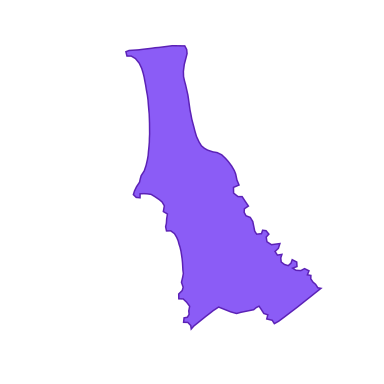 the district of Imbituba, Santa Catarina, Brazil, rotated 152°
{"feature_id": "56859067B19034795725068", "entity_name": "Imbituba", "entity_type": "district", "adm_level": 2, "iso_a3": "BRA", "parent_name": "Brazil", "parent_adm1": "Santa Catarina", "projection": "orthographic", "projection_center": [-48.703, -28.213], "detail": "fine", "context": "isolated", "style": "filled", "palette": "violet", "viewbox_px": 384, "rotation_deg": 152, "n_neighbors": 0, "source": "geoboundaries", "source_scale": "gbopen_adm2", "svg_char_len": 2386}
<svg xmlns="http://www.w3.org/2000/svg" viewBox="0 0 384 384"><g transform="rotate(152 192 192)"><path d="M181.1,37.1L176.2,37.2L170.2,38.1L153.0,40.9L123.4,46.4L125.9,48.4L126.2,52.4L127.5,55.7L127.9,59.6L126.2,62.5L129.0,64.7L125.7,67.5L128.6,71.5L132.8,71.5L137.0,74.1L138.9,77.5L134.3,76.9L132.4,81.0L135.3,85.2L138.0,82.7L141.6,81.8L144.4,84.6L146.1,88.3L144.6,92.1L141.9,94.7L146.2,96.2L146.6,100.5L142.2,101.7L138.6,105.2L142.6,106.7L146.6,108.2L149.2,112.9L147.6,117.4L143.9,118.7L144.8,123.1L147.6,125.1L150.2,122.6L154.7,124.4L155.0,128.0L153.8,132.0L152.2,137.4L152.5,142.2L155.5,145.7L155.5,149.6L153.6,152.6L148.8,153.1L149.4,158.7L149.9,164.4L153.5,166.3L155.8,171.5L153.2,176.6L147.2,176.1L146.7,181.5L145.0,187.4L144.6,191.0L144.8,196.3L145.7,202.0L146.6,205.8L148.3,210.9L151.3,215.0L154.7,217.6L158.6,221.7L160.5,224.7L162.0,228.3L162.3,232.6L162.0,238.8L160.9,244.2L159.8,248.7L158.9,252.6L158.0,256.4L156.7,260.5L155.3,265.2L153.2,271.0L151.4,275.9L150.1,279.6L148.7,284.7L147.3,289.9L146.5,293.5L145.3,297.8L143.0,302.5L138.9,308.3L134.2,313.4L131.4,316.5L129.8,320.3L129.8,324.4L140.7,330.4L153.2,335.1L156.6,336.6L160.3,337.9L168.5,341.1L172.7,342.7L181.1,346.5L184.5,346.9L185.6,342.6L181.8,340.5L179.3,336.4L178.1,330.4L178.4,324.6L179.3,320.0L180.3,316.0L181.4,312.6L182.9,307.7L184.4,303.4L186.0,298.3L187.6,294.0L189.4,289.9L191.7,284.5L193.2,280.9L195.1,277.0L197.3,272.5L199.5,268.3L202.2,263.1L204.4,259.4L206.3,256.0L208.8,252.1L211.5,248.1L213.6,244.8L216.2,241.5L219.9,237.2L224.2,233.1L229.2,230.3L231.4,228.0L233.7,225.3L238.5,222.7L242.3,219.9L245.0,217.2L243.8,213.4L240.6,211.3L238.7,214.8L235.2,213.1L232.4,211.4L229.2,209.1L227.0,205.4L224.4,200.5L223.1,197.2L222.9,192.8L226.5,188.2L224.0,184.1L226.9,180.3L229.3,176.4L231.6,173.7L232.8,169.6L229.0,167.7L227.0,163.5L226.8,159.0L227.1,155.5L227.9,152.2L228.5,148.8L229.5,145.0L230.9,141.0L232.1,137.6L233.6,134.0L235.3,130.3L236.7,127.3L237.9,124.1L240.2,121.2L243.7,117.2L244.5,112.1L246.9,109.6L251.6,108.2L253.8,103.9L250.0,101.7L248.5,97.3L247.7,92.2L250.7,88.5L252.0,85.3L254.9,83.6L258.1,84.6L260.6,80.9L256.9,78.8L255.8,74.7L257.0,71.4L253.3,72.8L238.2,75.7L232.2,76.7L229.0,77.3L222.5,77.9L214.2,68.1L209.7,63.8L205.2,62.8L192.8,59.1L189.5,59.8L186.4,59.7L186.0,55.9L185.6,51.0L182.7,48.0L185.6,44.8L181.4,41.1L181.1,37.1Z" fill="#8b5cf6" stroke="#5b21b6" stroke-width="1.5"/></g></svg>